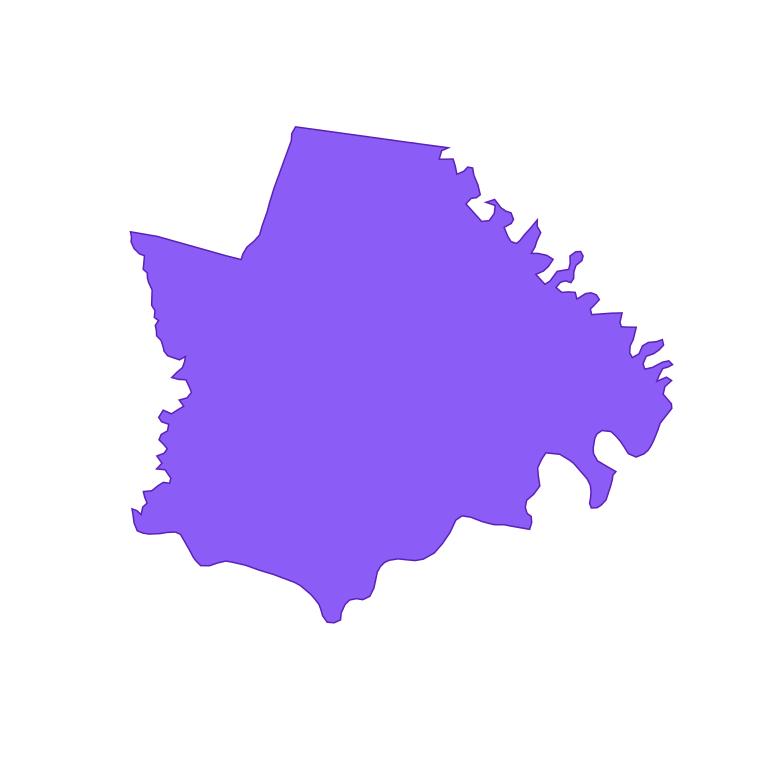 the district of Ubiratã, Paraná, Brazil, rotated 285°
{"feature_id": "56859067B31755349623241", "entity_name": "Ubiratã", "entity_type": "district", "adm_level": 2, "iso_a3": "BRA", "parent_name": "Brazil", "parent_adm1": "Paraná", "projection": "mercator", "projection_center": [-53.022, -24.51], "detail": "fine", "context": "isolated", "style": "filled", "palette": "violet", "viewbox_px": 768, "rotation_deg": 285, "n_neighbors": 0, "source": "geoboundaries", "source_scale": "gbopen_adm2", "svg_char_len": 3782}
<svg xmlns="http://www.w3.org/2000/svg" viewBox="0 0 768 768"><g transform="rotate(285 384 384)"><path d="M294.2,560.4L296.1,555.7L301.3,552.4L308.6,551.9L316.2,557.1L325.8,560.9L335.3,556.8L342.8,554.1L352.6,555.9L359.4,558.2L361.6,572.1L358.4,583.0L356.4,587.8L345.0,604.7L339.6,609.5L333.3,611.9L327.3,613.0L321.9,613.5L317.9,616.3L319.7,622.0L323.3,625.2L329.6,628.5L343.9,629.3L350.5,629.3L355.1,628.7L359.4,630.7L362.6,618.7L365.1,610.0L371.1,604.3L376.5,602.6L386.1,601.7L390.9,602.6L395.5,606.6L396.8,615.7L393.4,622.0L389.6,627.4L385.6,632.0L379.9,638.1L378.7,646.5L383.9,653.3L388.5,656.3L393.3,657.9L399.1,659.1L409.9,660.4L417.6,660.9L434.9,668.3L439.3,666.7L446.4,656.3L454.2,656.0L461.8,660.9L463.7,655.0L457.2,646.8L463.7,647.6L471.1,649.2L473.8,653.8L477.4,657.7L480.1,653.1L477.1,647.3L469.4,638.9L465.9,632.0L470.6,629.0L478.6,630.1L483.1,636.7L488.2,641.0L493.9,644.0L498.9,641.4L495.5,636.4L492.5,628.5L487.7,623.8L479.1,622.5L473.8,617.0L477.8,613.2L484.6,611.9L491.2,613.2L504.1,613.0L501.7,603.4L500.7,598.4L504.6,596.0L514.3,595.6L511.1,584.8L504.8,566.7L509.9,563.9L514.6,566.7L521.3,570.2L525.1,566.0L525.7,560.4L523.5,555.4L516.0,548.3L522.0,545.0L520.7,538.3L518.5,532.0L521.7,525.2L527.9,528.1L530.6,532.4L530.3,538.3L535.1,539.9L541.5,538.3L548.2,538.7L554.4,543.2L559.1,543.2L562.9,539.7L561.4,535.0L555.7,530.5L549.2,532.5L542.6,532.8L537.6,522.1L526.2,517.6L522.0,513.6L525.4,508.2L529.2,502.3L534.4,508.8L540.1,512.4L548.2,515.1L550.4,508.0L550.0,499.0L548.3,492.4L555.5,494.4L561.6,494.6L570.8,496.2L576.0,491.1L582.2,489.6L572.3,485.1L564.2,480.9L557.9,478.3L554.0,475.5L554.5,469.8L558.6,465.4L566.4,459.5L572.0,465.4L576.5,466.5L582.2,462.4L582.5,456.9L584.7,451.0L590.9,443.1L585.9,435.5L585.2,445.2L577.3,446.4L569.1,443.4L566.3,436.3L574.3,424.0L579.2,416.5L585.9,420.2L587.9,425.1L591.7,428.0L600.6,423.2L608.7,416.9L615.6,413.7L615.2,408.7L610.2,406.1L605.5,400.1L613.2,396.3L619.2,392.5L617.2,385.7L615.4,379.1L624.3,379.3L628.8,385.0L622.6,336.5L614.9,274.8L609.5,232.0L602.0,230.1L595.1,231.5L544.7,227.1L528.2,226.5L520.8,226.6L505.6,225.4L495.7,225.2L488.5,221.6L480.8,216.2L473.4,214.1L467.2,213.8L467.0,197.7L467.2,183.5L467.9,126.9L465.4,99.7L460.5,102.1L455.8,102.9L450.1,107.6L446.4,114.2L445.9,119.4L439.3,120.6L432.5,121.7L430.0,126.6L425.2,128.0L421.1,130.4L414.8,135.7L405.7,137.8L399.9,139.2L395.6,143.8L388.8,144.9L386.9,149.8L381.4,147.9L376.7,150.3L371.7,151.9L368.5,157.3L363.3,160.7L358.8,163.1L355.3,167.7L354.8,173.8L354.4,180.2L359.1,185.1L353.9,185.6L347.7,185.1L341.5,180.8L335.3,177.3L335.3,184.6L336.8,191.5L331.1,196.4L326.1,200.2L319.5,197.2L315.5,190.3L310.7,196.3L304.8,190.6L300.2,186.5L301.6,177.5L293.4,175.0L289.9,179.0L289.4,186.5L282.7,187.0L277.7,181.9L271.9,181.1L268.6,186.8L265.4,191.4L260.2,189.5L255.7,183.2L250.0,190.0L243.1,186.3L244.5,194.7L237.8,202.5L232.6,202.5L231.9,196.3L227.2,192.0L220.8,187.3L217.8,179.4L212.8,182.1L207.6,186.0L202.7,182.8L195.0,183.2L197.7,178.1L198.2,172.9L192.0,175.7L185.0,178.6L178.3,183.7L177.6,189.8L178.2,195.8L181.5,206.3L184.5,212.9L187.0,220.8L186.1,226.3L178.8,233.6L172.4,239.9L167.7,244.2L164.7,247.8L161.1,254.0L163.3,262.5L168.2,269.8L172.0,277.0L172.6,283.1L173.1,297.0L172.6,303.3L171.9,311.5L171.4,326.8L170.4,336.5L169.2,349.0L167.7,355.3L161.8,367.8L158.4,372.8L154.3,378.2L150.1,381.2L144.2,384.7L139.2,390.8L140.4,397.6L144.9,403.1L151.8,401.9L161.2,403.5L166.5,406.8L169.5,412.9L170.2,419.4L175.2,425.2L184.3,427.1L200.5,426.2L206.8,427.8L211.9,430.8L215.2,434.9L218.7,442.8L220.0,451.0L221.5,459.8L225.0,467.3L233.9,476.4L245.1,481.8L257.7,486.2L271.1,488.6L276.8,493.5L277.8,502.0L276.5,514.5L276.5,520.5L276.6,526.7L279.3,537.1L279.5,542.5L281.3,562.3L288.5,562.5L294.2,560.4Z" fill="#8b5cf6" stroke="#5b21b6" stroke-width="1.5"/></g></svg>